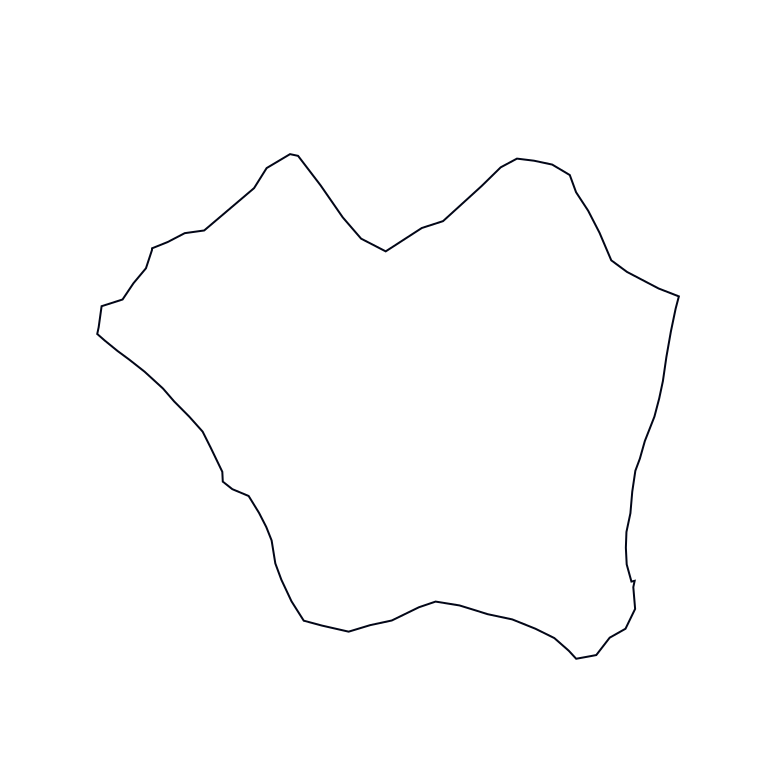 Dashkasan District, Daşkəsən, Azerbaijan, rotated 282°
{"feature_id": "54616110B88384638285498", "entity_name": "Dashkasan District", "entity_type": "district", "adm_level": 2, "iso_a3": "AZE", "parent_name": "Azerbaijan", "parent_adm1": "Daşkəsən", "projection": "orthographic", "projection_center": [46.034, 40.48], "detail": "fine", "context": "isolated", "style": "outline", "palette": "ink", "viewbox_px": 768, "rotation_deg": 282, "n_neighbors": 0, "source": "geoboundaries", "source_scale": "gbopen_adm2", "svg_char_len": 1255}
<svg xmlns="http://www.w3.org/2000/svg" viewBox="0 0 768 768"><g transform="rotate(282 384 384)"><path d="M531.0,654.2L534.5,632.8L544.1,598.5L552.2,580.6L576.7,563.4L595.9,547.7L611.5,532.0L627.0,522.3L633.6,502.9L633.6,484.3L632.1,467.2L620.2,453.1L597.9,438.3L555.6,407.9L544.5,388.6L514.1,358.1L521.4,331.4L538.4,309.0L565.0,280.8L589.3,252.5L589.3,244.3L570.8,224.3L548.6,216.2L496.8,176.2L490.1,157.7L477.9,142.9L468.5,128.9L466.8,129.2L447.7,127.1L430.5,118.0L412.3,110.7L401.4,91.6L380.2,93.1L373.3,93.1L368.4,101.9L360.9,116.5L355.1,129.3L346.3,147.2L333.6,168.8L323.3,182.4L311.5,200.4L299.7,216.5L285.7,227.7L264.5,244.1L255.0,246.6L249.6,257.5L246.3,274.9L231.9,288.6L219.6,298.6L207.6,306.6L185.9,315.0L171.2,324.3L152.2,338.7L135.8,354.7L134.8,373.4L134.4,400.9L145.3,420.7L154.3,440.8L172.9,464.6L181.9,479.7L183.1,503.9L181.5,521.7L180.4,533.2L180.4,558.4L176.1,583.0L170.9,603.4L161.5,620.2L155.2,629.1L160.7,642.5L163.0,648.0L182.8,657.5L194.8,671.1L216.2,676.4L237.1,670.1L243.6,670.1L242.2,667.1L258.0,658.9L274.2,654.6L289.7,651.9L308.8,651.9L330.4,649.2L351.4,647.9L364.2,649.8L382.4,651.0L408.3,655.3L427.2,656.2L444.8,656.2L469.1,654.6L495.0,653.7L518.4,653.6L531.0,654.2Z" fill="none" stroke="#020617" stroke-width="2"/></g></svg>